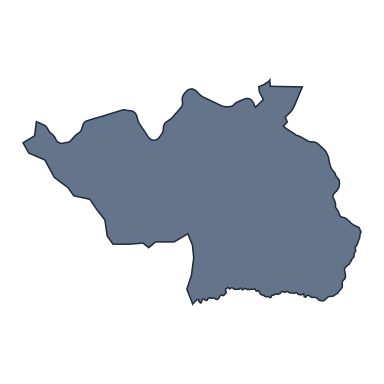 Oforikrom Municipal, Ashanti, Ghana
{"feature_id": "2480657B70835976798974", "entity_name": "Oforikrom Municipal", "entity_type": "district", "adm_level": 2, "iso_a3": "GHA", "parent_name": "Ghana", "parent_adm1": "Ashanti", "projection": "mercator", "projection_center": [-1.536, 6.676], "detail": "fine", "context": "isolated", "style": "filled", "palette": "slate", "viewbox_px": 384, "rotation_deg": 0, "n_neighbors": 0, "source": "geoboundaries", "source_scale": "gbopen_adm2", "svg_char_len": 6043}
<svg xmlns="http://www.w3.org/2000/svg" viewBox="0 0 384 384"><path d="M322.5,300.9L323.7,300.7L324.8,300.0L325.9,298.8L328.5,296.6L332.8,296.3L338.1,292.9L338.9,291.3L339.2,290.9L341.5,288.4L341.6,288.1L342.2,287.2L342.3,286.0L342.3,284.1L342.1,282.8L342.2,281.9L342.6,281.3L343.5,280.1L345.0,278.6L345.4,277.6L345.5,276.3L345.4,274.7L345.1,272.9L344.8,271.2L344.4,269.8L344.5,268.9L345.0,268.0L346.5,266.3L347.7,265.3L348.9,264.4L349.5,263.8L349.7,263.1L349.9,262.5L350.3,261.9L350.7,261.5L351.2,261.1L351.5,260.7L351.7,259.7L351.9,258.9L352.3,258.5L352.8,258.1L353.3,257.6L353.7,257.1L354.0,256.5L354.0,255.6L353.9,254.8L354.0,254.1L354.4,253.2L355.7,250.9L355.7,250.1L355.6,249.6L355.3,248.6L355.0,247.3L355.5,246.6L356.0,246.2L356.6,245.7L356.9,245.1L357.4,243.9L359.8,237.1L360.0,234.6L360.4,233.2L361.0,232.0L359.2,227.9L358.7,227.3L354.9,225.6L353.2,224.7L350.8,223.0L350.3,222.2L346.2,218.6L344.7,217.8L342.1,217.2L340.3,216.1L339.7,215.4L338.4,211.6L335.5,207.1L335.5,205.5L335.6,204.3L335.3,202.9L334.8,201.1L334.1,199.5L333.5,198.3L332.9,197.4L332.9,196.4L333.1,195.3L333.8,193.9L335.2,192.3L336.8,190.8L337.6,189.5L338.4,188.4L338.9,187.2L339.6,183.1L339.4,182.8L339.3,181.9L339.2,180.4L339.0,179.7L338.4,178.9L336.5,176.7L335.9,175.9L335.5,175.0L335.3,174.1L334.9,173.1L334.4,172.3L333.6,171.5L332.5,170.3L331.6,168.9L330.9,167.5L330.4,166.1L329.4,162.5L329.2,161.2L328.9,159.6L328.3,156.7L327.0,153.8L326.1,152.0L325.5,151.2L324.8,150.2L324.1,149.5L323.2,148.6L318.9,144.7L317.8,143.7L316.8,143.0L315.2,142.2L314.1,142.0L312.1,141.8L310.3,141.8L309.2,141.6L307.9,141.0L305.3,139.5L300.8,136.9L299.3,136.2L295.4,134.9L295.1,134.3L292.7,132.7L291.8,132.2L290.9,131.5L290.1,131.1L287.8,129.6L286.1,128.4L283.3,126.2L287.3,122.0L285.1,117.1L289.0,113.6L290.5,112.0L291.7,110.7L292.5,109.4L294.2,106.2L296.1,101.9L296.7,100.2L297.7,98.1L298.8,95.2L300.6,90.9L301.6,88.9L302.4,86.9L270.3,86.3L270.0,82.9L269.8,81.9L269.8,79.9L268.7,81.4L267.5,82.3L266.1,82.9L264.8,84.0L263.3,84.8L260.2,86.1L258.7,86.9L259.0,88.5L259.2,91.1L259.7,92.4L263.3,99.6L255.4,107.3L254.6,105.8L253.8,103.7L252.8,101.7L251.6,100.3L250.9,99.6L249.3,98.8L247.5,98.4L245.3,98.7L238.9,101.3L236.8,102.3L235.8,102.9L233.0,105.5L231.5,106.3L229.7,106.7L224.6,106.7L223.5,106.4L222.0,106.0L209.0,99.8L203.1,97.0L201.3,95.9L199.4,94.3L196.3,91.0L195.6,90.4L194.9,90.0L192.8,89.0L191.4,88.9L190.4,89.1L189.0,89.4L187.2,90.4L185.0,92.8L183.4,94.9L182.8,96.1L182.4,97.3L182.2,98.7L182.5,103.9L182.1,105.9L181.3,107.1L176.4,112.8L171.3,118.6L167.0,121.5L165.2,122.9L164.4,123.9L163.9,125.3L163.4,127.6L163.2,130.5L162.7,132.4L159.1,137.7L157.9,138.8L156.5,139.8L154.4,140.2L152.8,140.1L150.6,139.3L149.1,138.0L148.1,136.8L144.3,130.9L140.0,124.7L138.4,121.7L136.4,114.9L134.5,112.3L132.3,111.0L126.6,110.3L124.7,109.8L123.0,109.9L121.5,110.3L110.1,113.8L100.4,116.8L93.8,118.6L86.8,120.9L85.3,121.5L84.2,122.7L83.3,124.0L83.0,125.0L81.0,130.8L79.8,132.1L77.5,133.8L76.3,134.6L74.0,136.9L70.8,140.6L70.2,141.3L68.3,142.1L65.4,142.7L63.6,143.1L62.1,143.4L61.0,143.4L58.1,142.3L57.0,141.3L56.2,140.2L55.1,137.7L53.3,135.3L49.4,131.7L46.6,127.1L45.0,125.5L36.4,121.6L34.6,135.8L23.0,142.8L28.8,153.1L44.9,160.0L54.2,177.3L68.0,187.7L73.8,195.8L89.9,199.3L96.8,209.6L104.9,220.0L107.2,236.1L113.0,244.2L129.1,244.2L143.0,243.1L148.7,247.7L155.6,241.9L174.1,241.9L187.9,233.8L192.5,245.4L193.7,258.1L191.4,275.3L186.8,289.2L192.7,304.1L193.0,303.4L193.6,303.0L194.0,302.8L194.3,302.4L195.0,301.4L195.7,301.0L196.2,300.6L196.6,300.1L197.1,299.7L197.7,299.4L198.3,299.3L198.7,299.7L198.9,300.2L198.8,300.8L198.8,301.3L199.1,301.6L199.5,301.8L199.9,302.2L200.1,302.6L200.3,302.9L200.8,303.0L201.2,302.8L201.4,302.1L201.7,301.1L202.2,299.9L202.7,299.1L203.5,298.9L204.2,299.2L204.8,299.8L205.5,300.2L206.1,300.5L206.8,300.4L207.3,300.1L207.6,299.5L207.6,299.1L207.7,298.7L208.1,298.5L208.6,298.3L209.2,297.7L209.8,297.7L210.4,298.1L211.1,298.3L212.0,298.3L212.7,298.0L213.6,298.0L214.5,298.3L215.8,299.2L216.5,299.4L217.1,299.5L217.8,299.1L218.5,298.6L219.6,296.6L220.2,295.8L220.8,295.3L221.3,295.2L222.1,295.2L222.8,295.5L223.5,295.6L223.9,295.4L224.3,294.9L224.9,293.9L225.5,293.6L226.3,292.6L226.3,291.8L225.8,291.1L225.4,290.5L225.4,289.8L225.8,289.1L226.7,288.4L227.7,287.6L228.6,287.7L229.3,288.5L229.7,288.9L230.2,288.7L230.6,288.3L231.0,287.9L231.5,287.7L232.2,287.8L232.8,288.1L233.4,288.6L233.8,289.0L234.4,289.2L234.9,289.2L235.4,289.3L235.9,289.5L236.3,289.4L236.8,289.1L237.2,289.0L238.0,289.2L239.4,289.1L240.0,288.4L240.4,288.2L240.9,288.2L241.3,288.5L241.6,289.1L241.9,289.5L242.5,289.8L243.2,289.5L244.1,288.8L244.7,288.5L245.3,288.5L246.0,288.8L246.9,289.4L247.3,289.5L247.9,289.3L248.4,289.3L248.9,289.5L249.3,289.6L250.0,289.5L250.6,289.3L251.2,289.2L252.1,289.2L253.0,289.4L253.7,289.2L254.3,288.9L254.8,288.9L255.1,289.0L255.3,289.5L255.5,290.1L255.8,290.6L256.2,291.1L256.7,291.2L257.1,291.0L257.6,290.7L258.1,290.6L258.6,291.0L259.4,292.0L259.8,292.9L260.2,293.8L260.7,294.4L261.4,294.7L263.2,295.3L263.9,295.6L264.8,296.3L265.4,296.6L266.2,296.7L268.1,296.6L268.6,296.7L269.3,297.2L269.8,297.5L270.2,297.6L270.7,297.5L271.0,297.3L271.4,296.7L271.4,296.1L271.5,295.7L271.9,295.2L272.7,295.1L273.2,295.2L273.9,295.0L275.8,293.9L276.4,293.9L276.9,294.1L277.5,294.4L279.0,293.9L279.5,293.8L280.2,293.4L280.6,292.8L280.9,292.2L281.5,291.8L282.2,291.5L283.5,291.7L284.4,292.2L285.0,292.3L285.8,292.0L286.6,291.6L287.2,291.4L288.0,291.7L288.7,292.3L290.0,292.9L291.2,293.0L292.7,293.1L293.9,293.3L295.6,292.9L296.2,292.6L296.9,292.7L297.3,293.2L297.6,293.8L298.0,294.2L298.5,294.5L299.2,294.6L300.0,294.5L300.5,294.6L301.0,294.9L301.5,294.9L302.5,294.3L303.0,293.9L303.5,293.9L304.0,294.4L304.0,295.3L304.0,295.8L304.1,296.4L304.7,296.9L305.5,297.2L306.0,296.9L306.4,296.3L306.6,295.8L307.1,295.4L307.5,295.2L308.5,295.4L309.7,296.0L311.5,297.3L312.3,297.5L313.1,297.4L314.1,297.3L315.1,297.4L315.9,297.7L316.5,297.9L317.2,298.4L317.7,298.9L318.2,299.6L318.9,300.1L319.7,300.4L320.9,300.7L322.5,300.9Z" fill="#64748b" stroke="#1e293b" stroke-width="1.5"/></svg>